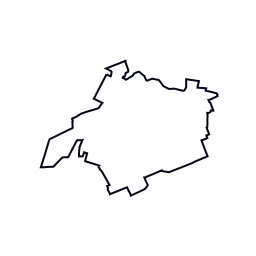 the district of Saraiu, Constanta, Romania, rotated 157°
{"feature_id": "2599482B59135931499306", "entity_name": "Saraiu", "entity_type": "district", "adm_level": 2, "iso_a3": "ROU", "parent_name": "Romania", "parent_adm1": "Constanta", "projection": "equal_earth", "projection_center": [28.194, 44.705], "detail": "fine", "context": "isolated", "style": "outline", "palette": "ink", "viewbox_px": 256, "rotation_deg": 157, "n_neighbors": 0, "source": "geoboundaries", "source_scale": "gbopen_adm2", "svg_char_len": 5263}
<svg xmlns="http://www.w3.org/2000/svg" viewBox="0 0 256 256"><g transform="rotate(157 128 128)"><path d="M213.3,138.0L214.2,136.8L216.3,134.4L217.6,132.9L222.1,127.6L223.5,126.0L223.2,125.9L223.3,125.8L222.9,125.6L222.2,125.3L222.0,125.2L221.4,124.9L220.5,124.6L220.2,124.6L219.1,124.2L218.6,124.0L218.1,123.8L217.9,123.8L217.3,123.6L216.4,123.3L215.4,122.9L213.9,122.3L213.1,122.0L211.7,121.5L205.3,124.3L204.4,124.6L202.7,125.4L201.5,125.9L201.1,126.1L200.5,126.3L200.1,126.4L199.7,126.5L196.2,125.2L194.5,124.5L193.8,125.1L193.6,125.2L193.2,125.6L186.5,131.1L179.7,136.7L179.2,136.5L175.9,135.1L175.5,134.9L174.7,134.7L175.9,133.5L176.1,133.3L176.3,133.0L176.4,132.8L176.6,132.7L176.9,132.5L177.2,132.2L178.1,131.4L178.3,131.1L178.5,130.9L178.7,130.6L178.8,130.5L179.0,130.5L179.1,130.3L179.4,130.0L179.7,129.8L180.0,129.4L180.2,129.0L180.4,128.6L180.6,128.3L181.1,127.5L181.3,127.1L181.5,126.8L181.9,126.0L182.1,125.7L183.0,123.9L183.0,123.6L183.4,122.8L183.7,122.4L183.9,121.7L184.1,121.0L183.9,121.0L183.6,120.9L182.1,120.1L181.7,119.9L181.4,119.8L181.1,119.7L180.9,119.7L180.6,120.0L180.0,120.3L179.8,120.5L179.6,120.7L179.3,121.3L179.1,121.6L178.7,121.8L178.4,121.8L178.1,122.0L177.8,122.7L177.3,122.3L176.5,121.5L175.5,120.7L177.5,118.1L178.3,117.1L180.4,114.2L169.7,105.1L169.8,105.1L170.0,104.4L170.1,104.0L170.2,103.5L170.3,103.4L170.2,103.1L170.2,102.7L170.1,102.3L170.0,101.7L170.0,101.2L169.9,100.6L169.8,100.3L169.6,99.8L169.6,99.5L169.3,98.8L169.1,98.1L169.1,97.9L168.9,97.3L168.9,97.0L168.8,96.4L168.7,95.5L168.6,94.4L168.4,92.8L168.0,89.4L167.9,87.8L167.8,86.7L167.7,86.5L167.6,86.0L167.6,85.2L167.5,84.0L167.4,83.5L167.3,82.9L167.3,82.6L169.2,82.8L169.9,82.8L170.0,80.0L170.3,79.6L170.9,79.1L170.8,78.7L170.6,77.8L170.3,74.9L170.3,74.6L170.4,74.4L170.5,74.1L164.4,74.0L163.2,74.0L152.1,73.8L151.9,69.5L151.8,69.1L151.8,68.3L151.7,67.1L151.7,66.8L151.7,66.5L151.7,66.4L151.6,65.9L151.7,64.6L150.4,64.7L143.4,64.9L138.1,65.1L136.7,65.2L136.5,65.3L136.3,65.2L132.8,67.1L132.1,67.8L132.3,72.6L132.3,76.1L131.8,75.9L130.6,75.8L130.2,75.8L129.1,75.9L124.8,75.8L122.4,75.8L119.5,75.8L117.9,75.8L116.3,75.8L114.2,75.8L114.3,75.7L114.2,75.6L112.6,74.5L109.5,72.5L108.0,71.6L107.6,71.3L103.4,71.2L94.8,70.9L93.0,70.9L91.2,70.8L89.2,70.8L84.7,70.7L84.3,70.7L82.4,70.6L82.0,70.6L81.7,70.7L81.5,70.8L80.7,70.9L75.2,70.9L72.9,70.9L72.1,70.9L70.2,70.9L65.8,70.9L65.6,78.8L65.6,79.1L65.5,79.8L65.2,87.9L63.6,87.8L59.7,87.7L58.9,87.7L58.8,90.5L55.8,90.4L55.5,97.5L54.9,97.5L54.2,99.0L53.6,100.0L53.2,100.9L52.8,101.7L52.6,102.4L52.2,103.5L51.3,105.5L51.0,106.0L50.2,107.7L50.1,107.9L49.2,110.2L49.4,110.3L49.2,110.8L49.1,110.7L48.6,110.6L48.1,110.4L46.8,110.4L45.6,110.7L45.0,111.8L42.7,110.6L42.5,111.1L42.7,113.7L42.6,114.0L42.5,114.7L42.5,115.5L42.3,118.9L42.5,119.2L42.8,119.7L42.9,120.1L43.1,120.8L43.0,121.1L42.9,121.4L43.0,122.2L43.0,122.4L41.5,122.1L41.1,122.1L40.8,122.1L40.5,122.1L37.6,122.2L34.7,122.3L33.6,122.3L33.7,122.5L33.5,122.8L33.3,123.0L33.0,123.2L32.8,123.3L32.7,123.4L32.6,123.6L32.5,123.9L32.6,124.4L32.8,124.7L33.0,125.3L33.2,125.5L33.6,125.9L33.8,126.0L34.3,126.4L36.6,128.2L37.5,128.8L38.3,129.4L39.1,130.0L39.8,130.5L41.3,131.6L41.9,132.0L40.5,134.0L48.3,138.0L44.4,143.5L55.4,150.2L55.5,150.0L56.1,148.4L57.4,145.4L58.3,143.3L58.5,142.9L58.8,142.5L59.1,142.3L59.8,141.8L61.1,140.8L61.5,140.7L61.8,140.6L62.1,140.5L62.3,140.6L62.6,140.7L63.1,141.0L64.8,142.2L67.0,143.9L69.7,145.9L70.0,146.2L70.9,146.5L72.5,147.0L73.8,147.5L74.6,147.8L75.0,147.9L75.2,148.0L75.3,148.2L78.1,151.6L78.9,152.6L79.1,153.0L80.1,157.3L80.4,158.4L80.7,159.6L80.8,159.9L81.0,160.1L81.2,160.3L83.6,162.0L85.7,163.4L86.0,163.6L86.2,163.8L86.6,163.9L86.8,164.0L87.4,164.0L88.7,164.0L90.7,164.1L91.5,164.1L91.8,164.1L92.1,164.3L92.3,164.4L92.4,164.6L92.5,164.8L92.6,167.0L92.7,169.0L92.7,169.6L93.2,170.4L94.0,172.0L94.4,172.8L95.4,174.8L95.9,175.4L96.5,175.6L97.0,175.8L97.5,175.8L98.5,175.8L100.5,175.8L100.9,175.8L101.2,175.7L101.5,175.5L102.2,175.1L102.6,174.8L102.9,174.5L103.2,174.4L103.5,174.3L109.6,173.4L110.4,173.3L110.9,173.2L111.1,173.3L111.2,173.5L111.4,173.8L111.9,174.8L112.1,175.0L112.3,175.2L112.8,175.6L113.3,176.2L112.5,177.0L112.1,177.1L111.7,176.6L110.8,177.0L110.4,177.2L110.2,177.4L110.0,177.6L109.9,177.7L109.7,177.9L109.4,178.5L109.1,179.0L109.0,179.3L108.9,179.4L108.8,179.5L108.3,179.5L107.6,179.6L106.6,179.5L106.2,179.6L105.8,179.8L105.7,180.0L105.5,180.3L105.4,180.5L105.1,181.6L105.1,181.8L105.0,182.0L105.0,182.7L105.0,183.2L104.8,185.9L104.7,188.0L104.7,189.0L104.7,189.4L104.6,189.6L104.5,189.8L104.4,190.0L103.9,190.7L103.9,190.8L112.6,191.0L113.8,191.0L114.2,191.0L115.2,191.1L116.0,191.1L125.0,191.4L123.7,189.8L121.6,187.3L121.2,186.7L121.2,186.3L121.3,185.9L121.5,185.5L123.6,182.3L123.8,182.3L126.4,185.1L127.3,185.4L148.0,168.3L146.1,166.1L144.0,163.7L141.7,161.1L143.5,160.2L145.4,159.0L147.3,157.8L147.5,157.8L147.8,157.8L148.2,157.8L156.4,158.7L159.9,159.1L162.0,159.3L162.8,159.3L165.5,159.5L169.9,158.8L170.8,158.6L171.7,158.6L172.2,158.5L175.3,158.6L175.9,158.3L176.0,156.0L177.0,155.3L177.0,155.2L176.8,155.0L177.1,154.4L177.8,152.7L178.8,150.0L178.9,149.8L179.3,149.6L180.2,149.5L180.7,149.6L204.6,148.3L204.8,148.1L207.1,145.5L210.8,141.0L213.3,138.0Z" fill="none" stroke="#020617" stroke-width="2"/></g></svg>